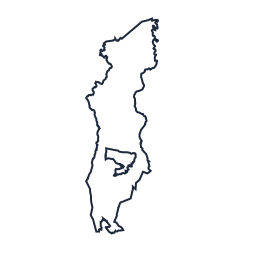 the district of Ixtlán de Juárez, Oaxaca, Mexico, rotated 335°
{"feature_id": "50627088B17775839910325", "entity_name": "Ixtlán de Juárez", "entity_type": "district", "adm_level": 2, "iso_a3": "MEX", "parent_name": "Mexico", "parent_adm1": "Oaxaca", "projection": "equal_earth", "projection_center": [-96.312, 17.477], "detail": "fine", "context": "isolated", "style": "outline", "palette": "slate", "viewbox_px": 256, "rotation_deg": 335, "n_neighbors": 0, "source": "geoboundaries", "source_scale": "gbopen_adm2", "svg_char_len": 5812}
<svg xmlns="http://www.w3.org/2000/svg" viewBox="0 0 256 256"><g transform="rotate(335 128 128)"><path d="M142.0,41.0L142.5,42.3L142.4,42.8L141.3,42.4L140.2,42.8L140.1,43.6L140.5,44.0L140.8,45.2L140.0,45.9L139.8,46.5L139.9,47.4L139.5,47.6L138.7,47.0L137.4,47.5L137.0,47.0L136.7,45.6L135.7,46.0L135.6,46.9L134.7,48.1L135.2,49.7L133.7,49.5L133.3,49.9L133.4,50.2L134.5,50.7L135.0,51.7L135.7,52.3L136.1,54.2L136.4,54.3L137.0,53.5L138.2,53.2L138.7,53.3L139.1,55.0L138.1,55.7L138.2,56.3L137.3,57.1L137.4,59.7L137.8,60.7L137.8,61.5L138.6,62.2L139.0,62.2L139.4,63.6L139.4,65.2L139.2,65.8L138.1,66.4L137.2,66.0L136.0,66.6L135.1,67.6L133.1,67.9L133.0,68.2L131.0,70.3L130.7,72.1L130.2,72.8L129.3,73.0L128.4,74.1L126.0,74.6L125.3,75.2L124.7,76.0L123.0,77.2L121.6,75.8L121.2,74.6L120.5,74.2L120.2,73.5L119.0,73.2L118.5,72.6L117.3,73.6L117.4,76.0L116.8,77.1L115.5,77.3L115.4,76.9L114.8,76.7L112.4,77.6L111.8,79.3L112.2,81.1L111.7,82.0L110.4,83.1L108.4,82.2L108.2,82.5L106.2,81.5L105.4,82.2L104.4,82.0L102.8,83.1L102.7,83.6L103.3,84.9L103.2,86.1L103.5,87.1L102.7,90.6L102.8,91.4L102.0,92.6L101.9,93.1L102.1,94.4L103.0,95.7L103.0,96.4L104.5,97.3L104.7,98.9L104.4,99.3L104.4,100.5L103.8,100.9L103.3,101.8L103.0,104.5L103.2,106.0L102.4,108.2L102.5,109.8L101.3,112.2L101.4,113.7L101.7,114.0L102.0,113.8L102.2,114.5L101.9,115.4L102.0,116.2L101.5,116.1L101.3,116.9L99.8,117.8L98.4,119.1L97.6,120.7L97.4,121.4L97.7,122.0L97.4,123.3L95.7,126.3L95.6,127.0L95.1,127.1L94.6,127.7L93.5,127.6L92.8,128.5L92.9,129.2L92.8,130.0L93.1,130.5L92.5,130.8L92.1,131.6L91.8,131.7L91.3,133.1L90.7,133.4L90.6,134.0L90.3,134.0L90.2,134.6L89.4,134.5L89.1,134.8L87.4,137.5L86.3,138.2L85.9,139.4L84.6,140.7L84.1,141.0L83.2,140.9L83.0,141.5L82.2,142.0L81.5,143.3L80.8,143.8L80.5,144.5L80.2,146.2L79.7,147.4L75.8,151.9L74.4,153.0L73.8,153.2L72.4,154.4L71.8,155.3L70.9,155.8L70.2,157.1L69.2,157.3L68.4,157.8L67.9,158.8L67.6,158.8L67.8,167.0L66.3,171.3L65.8,174.0L65.1,175.1L63.5,179.2L62.2,184.9L57.4,191.3L57.7,196.1L55.5,208.5L58.0,209.7L58.5,209.0L58.7,207.9L59.3,207.6L60.0,207.8L60.9,208.9L62.0,207.2L61.8,205.6L63.4,201.8L63.7,202.0L64.5,201.7L66.1,200.5L67.0,201.2L67.3,199.4L68.7,202.0L69.0,203.6L69.6,203.8L69.3,204.6L70.4,209.2L68.9,209.7L66.1,208.5L65.8,208.8L66.0,209.1L66.9,213.9L67.9,215.5L68.3,215.7L68.5,216.4L69.2,216.3L69.6,216.8L70.1,216.4L71.3,217.1L73.0,216.0L73.0,216.4L74.4,217.2L75.9,216.8L78.2,217.9L79.7,218.0L79.9,218.4L80.6,218.5L80.2,215.6L78.7,213.3L78.1,212.7L77.6,209.0L75.9,207.2L80.8,202.9L81.3,201.5L85.0,197.1L85.5,196.0L86.1,195.8L88.9,192.8L89.7,192.4L100.6,193.0L106.8,185.2L107.6,183.2L109.0,186.6L112.0,181.2L116.6,179.8L123.1,174.0L126.3,177.3L129.0,176.9L130.4,176.4L129.6,174.6L129.5,173.7L129.4,173.6L130.1,172.2L130.8,171.6L131.3,171.5L132.0,167.3L133.0,167.1L132.0,165.6L133.0,163.5L133.4,159.2L131.7,153.9L132.4,152.8L131.7,150.8L132.4,149.0L132.6,147.6L133.5,147.1L133.6,146.8L133.5,146.4L133.8,146.3L134.3,145.6L134.7,145.8L135.0,145.2L134.5,143.1L134.7,140.9L135.9,138.4L139.2,135.1L145.0,132.2L145.2,131.3L145.9,130.8L146.6,129.9L147.3,129.8L148.0,128.9L148.2,126.9L148.6,126.3L148.5,124.5L147.9,124.3L147.4,123.4L147.4,121.5L146.4,121.1L144.5,118.4L143.8,118.2L143.4,117.8L142.8,116.6L142.7,115.5L143.3,113.9L143.4,111.9L143.2,111.0L144.2,110.1L144.8,108.6L145.3,108.4L145.5,107.0L146.6,104.8L146.5,102.4L147.9,100.4L148.7,100.1L150.1,98.9L151.5,98.5L153.9,99.1L157.3,99.1L160.1,96.9L160.7,96.0L160.5,94.9L160.6,92.3L161.1,90.3L161.4,87.4L162.7,84.8L163.1,84.4L164.9,84.5L166.8,84.1L167.4,83.6L167.7,82.7L168.5,82.3L170.5,83.1L172.2,82.8L172.6,83.3L172.9,84.5L175.6,84.0L177.2,84.5L180.2,82.7L181.2,81.7L181.5,80.8L182.7,79.7L182.7,79.3L180.9,78.4L182.0,75.5L182.7,74.6L184.4,73.6L184.4,73.3L183.4,72.8L183.1,72.1L183.6,71.1L184.4,70.3L185.5,69.9L185.9,69.0L185.9,68.3L185.0,67.7L184.7,66.7L187.1,65.3L187.1,64.9L186.7,63.8L186.5,62.1L186.8,60.4L188.0,59.1L189.0,58.7L190.0,60.0L190.3,60.9L190.4,61.7L191.3,62.0L192.1,61.5L192.0,60.7L190.7,59.8L190.5,57.5L190.9,56.4L190.8,55.6L189.6,54.9L189.9,53.5L190.9,52.2L190.7,50.0L191.1,49.4L192.3,49.1L194.1,50.9L194.4,50.4L194.4,49.8L193.3,46.9L193.5,46.2L194.0,45.9L194.6,46.5L194.7,48.4L195.9,49.2L196.6,50.2L196.9,50.1L197.4,49.2L197.5,47.7L197.9,47.2L198.1,46.3L197.2,44.8L197.2,44.3L197.7,43.6L198.5,43.3L199.6,44.1L200.4,43.6L200.5,43.0L200.0,42.2L199.4,42.2L198.1,41.4L195.2,41.0L195.2,40.4L195.9,39.0L191.4,38.7L185.4,37.5L160.1,44.5L159.3,43.3L159.0,43.6L158.4,43.5L157.5,44.2L156.5,44.2L156.3,44.5L156.0,44.3L155.8,44.7L155.0,44.4L154.5,43.8L154.3,43.0L154.2,41.4L153.6,42.3L151.8,42.3L151.7,42.5L144.8,40.4L142.0,41.0ZM99.6,137.2L109.5,144.4L110.2,145.8L112.9,147.7L117.4,149.9L119.3,151.4L119.7,152.4L120.3,152.8L122.2,152.9L122.6,153.4L123.4,153.6L123.7,154.1L123.6,154.9L123.8,155.1L123.1,156.3L122.9,157.3L122.2,158.0L121.2,158.3L119.8,160.2L119.7,160.8L119.0,161.1L118.2,160.8L118.0,161.0L117.9,161.7L117.3,162.1L116.8,162.0L116.4,162.3L116.0,161.8L115.4,162.7L115.5,163.8L115.2,164.4L114.4,164.3L113.7,163.5L113.5,162.3L112.5,162.2L112.2,163.2L111.5,163.4L111.0,163.3L110.7,163.5L110.6,164.7L110.9,165.9L109.6,166.0L108.8,167.3L107.7,165.8L107.4,166.4L107.6,167.2L107.1,167.8L105.9,167.9L104.9,166.9L104.0,166.5L103.5,166.4L102.9,166.8L102.5,166.6L102.0,166.9L100.6,166.1L99.8,166.2L99.2,165.6L98.7,165.5L97.9,166.0L97.2,165.7L96.6,166.1L95.3,165.5L95.1,165.2L95.6,164.7L97.9,163.6L98.0,162.6L98.8,160.8L99.8,160.0L101.6,161.2L103.1,161.5L105.0,161.7L105.5,160.5L105.9,160.6L106.7,161.8L107.9,161.2L107.5,159.9L106.9,158.9L106.2,158.4L105.7,158.7L105.4,158.6L105.7,157.3L104.5,156.8L103.2,155.6L102.4,154.5L101.9,152.7L102.0,151.8L101.3,149.7L101.0,149.8L97.8,147.4L96.0,146.8L94.5,147.1L95.1,145.3L95.4,145.1L95.5,144.2L95.7,143.8L96.2,143.9L96.6,143.2L96.5,142.4L98.2,140.7L99.6,137.2Z" fill="none" stroke="#1e293b" stroke-width="2"/></g></svg>